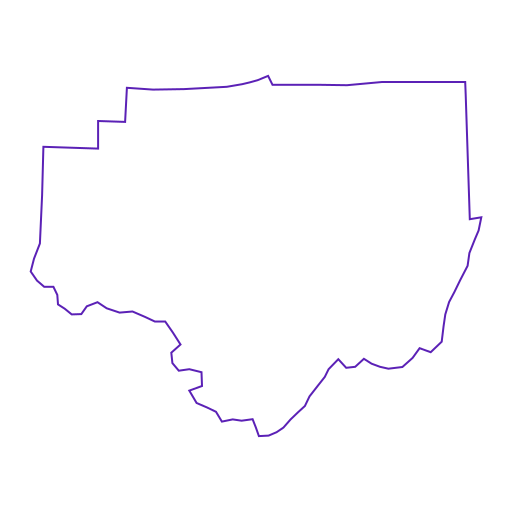 outline of Paulo Bento, Rio Grande do Sul, Brazil
{"feature_id": "56859067B85651133554571", "entity_name": "Paulo Bento", "entity_type": "district", "adm_level": 2, "iso_a3": "BRA", "parent_name": "Brazil", "parent_adm1": "Rio Grande do Sul", "projection": "mercator", "projection_center": [-52.399, -27.718], "detail": "fine", "context": "isolated", "style": "outline", "palette": "violet", "viewbox_px": 512, "rotation_deg": 0, "n_neighbors": 0, "source": "geoboundaries", "source_scale": "gbopen_adm2", "svg_char_len": 1208}
<svg xmlns="http://www.w3.org/2000/svg" viewBox="0 0 512 512"><path d="M126.9,87.8L125.1,121.9L98.1,121.0L98.1,148.6L43.4,146.8L42.1,195.2L39.9,243.5L34.0,258.7L30.7,271.5L37.0,280.6L44.2,286.8L53.4,286.8L57.3,294.9L58.0,304.4L64.7,308.7L71.7,314.4L81.3,314.1L86.8,306.3L97.5,302.2L106.7,308.3L119.6,312.6L132.5,311.5L145.0,316.9L154.8,321.5L165.2,321.5L172.9,332.6L180.5,344.5L171.3,352.7L172.4,363.1L178.8,370.7L189.3,369.2L201.5,372.2L202.0,386.0L189.3,390.6L196.6,403.0L207.1,407.5L216.0,411.8L221.9,421.6L232.7,419.4L241.6,420.7L252.6,419.2L255.9,427.6L258.9,436.1L268.6,435.6L276.6,432.2L283.4,427.6L290.6,419.4L298.2,412.1L304.9,406.0L309.5,396.4L318.4,385.0L324.8,376.9L328.6,369.2L338.3,359.2L346.2,367.8L355.2,366.8L363.9,358.8L371.6,363.7L380.0,366.8L388.4,368.7L402.4,367.0L412.6,357.9L419.6,348.2L430.7,352.2L441.7,341.7L443.6,326.0L445.3,314.4L449.1,302.0L454.3,292.2L460.2,280.1L467.6,265.8L469.4,253.0L474.9,239.2L478.6,230.5L481.3,217.3L469.8,219.2L465.7,94.8L465.2,82.0L431.5,82.0L409.6,82.0L396.5,82.0L382.0,82.0L347.0,85.2L319.2,84.8L272.5,84.8L268.1,75.9L257.6,80.2L249.7,82.4L242.1,84.2L226.8,86.8L184.2,89.1L153.0,89.6L126.9,87.8Z" fill="none" stroke="#5b21b6" stroke-width="2"/></svg>